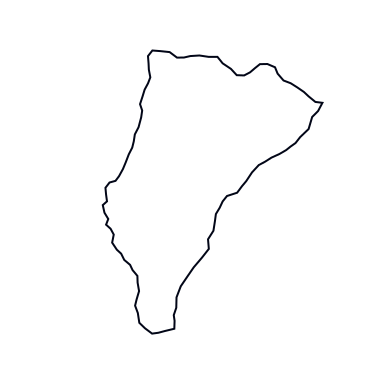 Santo Expedito, São Paulo, Brazil (orthographic projection), rotated 201°
{"feature_id": "56859067B72387481715012", "entity_name": "Santo Expedito", "entity_type": "district", "adm_level": 2, "iso_a3": "BRA", "parent_name": "Brazil", "parent_adm1": "São Paulo", "projection": "orthographic", "projection_center": [-51.369, -21.812], "detail": "fine", "context": "isolated", "style": "outline", "palette": "ink", "viewbox_px": 384, "rotation_deg": 201, "n_neighbors": 0, "source": "geoboundaries", "source_scale": "gbopen_adm2", "svg_char_len": 1409}
<svg xmlns="http://www.w3.org/2000/svg" viewBox="0 0 384 384"><g transform="rotate(201 192 192)"><path d="M279.7,309.9L281.8,303.1L278.6,296.4L276.1,290.7L272.0,284.1L272.0,277.7L272.9,270.6L272.4,263.4L272.0,255.4L267.7,250.2L266.2,243.5L265.1,233.3L266.0,225.3L264.5,218.4L263.7,212.0L264.5,204.5L264.5,195.8L264.7,188.7L265.8,180.6L267.4,175.0L272.4,171.3L274.3,164.9L271.4,159.0L268.0,152.8L270.6,147.8L266.3,141.3L260.5,136.8L260.5,130.7L254.8,128.5L249.8,124.2L248.4,116.1L241.5,111.2L236.0,109.0L230.9,104.3L223.7,101.8L219.5,97.8L212.9,94.1L210.3,87.9L205.9,80.5L205.2,71.7L204.4,65.5L199.2,59.6L194.3,51.0L187.0,47.9L178.5,45.5L173.0,48.5L167.5,52.5L159.5,58.0L162.1,65.5L164.9,70.5L165.2,78.3L168.7,88.1L168.7,100.0L166.0,111.5L163.4,122.3L159.2,134.2L155.9,144.9L160.1,153.6L158.1,163.5L160.1,172.8L161.8,180.0L160.5,187.2L160.0,194.2L157.9,200.8L149.6,207.5L147.4,215.4L145.3,221.5L143.0,231.8L139.3,241.1L134.7,246.4L130.1,252.6L124.0,258.8L119.1,264.9L116.3,269.7L112.9,274.8L110.7,282.0L105.7,292.6L106.7,305.1L103.3,312.8L102.2,322.0L109.1,320.3L117.5,323.1L123.4,325.5L131.3,327.4L138.8,328.9L146.5,328.9L154.5,333.2L159.2,338.2L167.5,338.5L174.4,335.7L177.6,330.2L180.7,324.5L185.1,319.5L192.1,317.1L199.8,320.9L209.5,323.1L216.7,327.3L225.0,324.1L234.0,322.1L242.3,318.3L247.8,314.6L254.2,312.1L263.0,314.6L272.0,312.2L279.7,309.9Z" fill="none" stroke="#020617" stroke-width="2"/></g></svg>